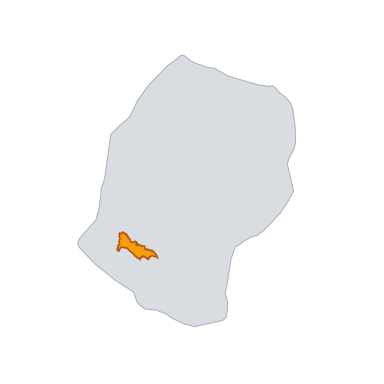 Ramoetsana, Mafeteng, Lesotho shown in context, rotated 337°
{"feature_id": "5366337B15591495914188", "entity_name": "Ramoetsana", "entity_type": "district", "adm_level": 2, "iso_a3": "LSO", "parent_name": "Lesotho", "parent_adm1": "Mafeteng", "projection": "robinson", "projection_center": [27.537, -29.836], "detail": "fine", "context": "in_parent", "style": "filled", "palette": "amber", "viewbox_px": 384, "rotation_deg": 337, "n_neighbors": 0, "source": "geoboundaries", "source_scale": "gbopen_adm2", "svg_char_len": 6088}
<svg xmlns="http://www.w3.org/2000/svg" viewBox="0 0 384 384"><g transform="rotate(337 192 192)"><path d="M247.1,253.9L237.4,257.0L236.1,257.3L229.9,256.6L221.6,257.3L215.1,259.1L210.1,259.7L201.9,268.7L186.9,292.9L182.9,297.9L181.8,307.4L178.3,314.9L174.1,320.8L169.9,322.2L157.5,319.9L141.6,316.9L132.3,309.6L124.1,300.0L119.8,293.0L115.2,289.2L113.7,287.1L107.2,283.8L104.7,282.2L102.6,281.0L100.0,276.3L98.4,272.3L99.0,261.1L94.4,254.4L86.6,243.0L81.7,233.6L74.9,220.9L70.7,209.9L66.4,198.6L67.0,193.7L71.1,190.4L83.1,184.7L92.4,180.3L99.1,172.2L106.4,160.1L110.0,152.9L113.5,149.6L117.4,144.5L124.2,133.2L131.7,120.6L139.8,107.1L150.0,103.1L163.9,98.6L177.3,86.8L193.3,76.9L219.1,66.1L231.1,63.3L235.6,61.8L238.5,63.8L241.6,70.0L245.9,75.2L256.1,84.2L260.4,86.3L270.8,99.6L282.0,108.8L294.9,119.3L303.6,124.5L308.1,126.0L311.8,135.3L315.5,142.2L317.6,148.7L317.1,155.1L313.0,170.5L307.0,186.3L302.2,192.9L296.4,197.0L290.7,203.2L288.5,215.9L285.9,230.8L278.4,236.9L272.7,241.0L264.7,245.9L247.1,253.9Z" fill="#d9dde1" stroke="#a8b0b8" stroke-width="1"/><path d="M134.5,239.0L134.4,238.2L134.7,237.8L134.6,237.4L134.5,237.2L134.6,236.9L134.6,236.7L134.6,236.1L134.7,235.9L134.6,235.7L134.5,235.2L134.1,234.8L134.0,234.6L134.1,234.4L134.0,234.2L133.8,234.0L133.7,233.7L133.6,233.2L133.7,232.8L133.6,232.5L133.6,232.0L133.4,231.7L133.1,231.7L132.9,231.4L132.7,231.4L132.4,231.0L132.2,231.0L132.1,230.7L131.9,230.3L131.7,230.1L131.8,230.0L131.6,230.0L131.6,229.8L131.1,229.5L131.1,229.4L130.8,229.3L130.8,229.1L130.5,229.1L130.5,228.8L129.9,228.5L129.7,228.5L129.4,228.2L128.9,228.0L128.9,227.8L128.8,227.7L128.6,227.2L128.4,226.8L128.2,226.9L128.0,227.1L127.9,227.1L127.5,227.3L127.4,227.1L127.2,227.1L126.9,227.0L126.8,226.8L126.7,226.7L126.8,226.1L126.5,225.6L126.5,225.3L126.7,225.1L126.7,224.7L126.8,224.6L126.9,224.1L127.1,224.0L127.4,223.6L127.1,223.5L127.0,223.4L126.8,223.5L126.6,223.3L126.5,223.1L126.3,223.0L125.7,222.7L125.4,222.4L125.2,222.3L124.9,221.8L124.7,222.0L124.7,221.9L124.5,221.7L124.4,221.6L124.0,220.9L123.3,220.6L122.7,220.6L122.3,220.4L121.9,220.3L121.9,220.2L121.7,220.2L121.2,219.9L121.4,219.9L121.8,219.8L121.9,219.7L122.1,219.1L122.1,218.8L122.0,218.6L121.7,218.2L120.8,218.3L120.5,218.2L120.2,218.1L120.4,217.8L120.8,217.5L121.0,217.3L121.1,217.0L121.4,216.8L121.5,216.3L121.3,216.0L121.0,215.8L120.5,215.0L120.4,215.0L119.9,215.3L119.0,215.6L118.7,215.3L118.4,215.3L118.4,215.2L118.2,215.1L117.7,214.9L117.5,215.0L117.3,214.9L116.9,214.6L116.6,214.3L116.4,214.4L116.2,214.3L116.1,214.2L116.2,213.9L116.1,213.6L116.1,213.4L116.2,213.2L116.3,213.1L116.4,212.9L116.4,212.7L116.4,212.3L116.4,212.2L116.4,211.9L116.4,211.6L116.5,211.5L116.4,211.3L116.4,211.1L116.2,210.9L116.1,211.0L116.0,210.8L116.0,210.6L116.0,210.4L116.0,210.1L115.9,210.0L115.7,209.8L115.5,209.6L115.8,209.3L115.9,208.7L115.4,208.4L115.5,208.1L115.3,208.0L115.3,207.8L115.3,207.7L115.3,207.4L115.4,207.1L115.2,206.7L115.3,206.6L115.2,206.4L115.2,206.1L115.1,205.9L114.9,205.5L114.7,205.4L114.8,205.3L114.5,205.3L114.4,205.1L114.4,204.9L114.1,204.7L114.1,204.4L113.8,204.0L113.8,203.8L114.0,203.8L113.8,203.6L113.8,203.4L113.6,203.2L113.4,203.0L113.2,202.8L113.1,202.3L112.7,202.1L112.3,202.2L112.3,201.7L112.2,201.7L112.1,201.9L112.1,202.0L111.9,202.0L111.1,202.3L111.1,202.6L110.5,202.7L110.4,202.9L110.2,202.9L110.0,202.7L109.9,202.4L109.7,202.3L109.6,202.1L109.5,201.9L109.4,201.9L109.4,201.7L109.2,201.8L108.8,201.9L108.7,201.9L108.6,202.1L108.6,202.3L108.6,202.6L108.4,202.7L108.3,202.9L108.4,203.1L108.3,203.8L108.0,204.1L108.0,204.4L107.9,204.5L107.6,204.8L107.6,205.0L107.6,205.9L107.5,206.1L107.6,206.3L107.5,206.6L107.4,206.7L107.4,206.8L107.3,207.1L107.2,207.3L106.9,207.5L106.7,207.6L106.3,207.8L106.2,208.1L106.2,208.5L105.9,208.7L105.5,208.9L105.4,209.3L105.3,209.6L105.3,210.0L105.2,210.1L105.3,210.2L105.2,210.5L105.2,210.8L105.2,211.3L105.1,211.6L104.9,211.9L104.7,211.9L104.4,212.0L104.0,212.0L103.3,212.2L103.0,212.1L102.7,212.0L102.6,211.8L102.7,212.2L102.7,212.4L102.8,212.7L102.6,212.9L102.6,213.1L102.5,213.3L102.6,213.8L102.6,214.0L102.2,214.0L101.9,214.8L101.2,214.7L101.0,215.0L101.0,215.4L100.7,215.6L100.6,215.9L100.4,216.2L100.4,216.6L100.5,216.6L100.6,216.8L100.8,216.9L101.1,217.1L101.1,217.3L101.3,217.4L101.4,217.6L101.6,217.7L101.8,217.7L102.0,217.8L102.4,217.5L102.4,217.4L102.5,217.3L102.5,216.8L102.6,216.7L102.9,216.3L103.3,216.2L103.5,216.2L103.9,216.0L104.1,215.8L104.6,215.6L104.6,215.3L104.9,215.2L105.6,215.4L106.0,215.4L106.7,215.5L107.1,216.1L107.2,216.4L107.3,216.5L107.6,216.2L107.8,216.2L108.1,216.8L108.4,217.1L108.7,217.7L109.1,217.8L109.6,217.7L109.6,217.8L110.0,217.8L110.3,218.3L110.5,218.4L110.6,218.7L110.5,218.8L110.8,219.9L110.8,220.2L110.9,220.4L111.0,220.6L111.2,220.8L111.5,221.1L111.5,221.3L111.5,221.6L111.7,221.9L111.8,222.2L112.0,222.3L112.3,222.6L112.2,223.1L112.7,223.5L112.7,223.8L112.8,224.0L112.7,224.1L112.8,224.4L113.3,224.7L113.3,224.8L113.2,224.9L113.3,225.0L113.6,225.1L113.8,225.6L114.0,225.8L113.8,226.1L113.8,226.3L114.0,226.6L113.9,226.8L114.5,227.9L114.5,228.1L114.4,228.3L114.6,228.5L114.7,228.8L115.0,228.9L115.1,229.0L114.9,229.1L115.0,229.2L115.1,229.4L115.3,229.5L115.4,229.9L115.6,230.0L115.6,230.3L115.4,230.5L115.4,230.8L115.7,231.0L116.1,231.5L116.5,231.8L116.5,232.0L116.8,232.1L116.9,232.5L117.1,232.5L117.9,232.9L117.9,233.5L118.2,233.0L118.3,232.4L118.5,232.5L118.7,232.9L118.8,233.1L119.0,233.0L119.2,232.5L119.5,232.4L119.8,232.3L120.2,231.8L120.4,231.7L120.7,231.9L120.8,232.0L121.0,232.4L121.3,232.0L121.4,231.9L121.7,231.8L121.7,232.0L122.0,232.1L122.2,232.3L122.4,232.4L122.6,232.9L122.9,233.1L123.5,234.0L123.8,234.1L123.9,234.3L124.1,235.2L124.7,235.5L125.0,236.0L125.3,236.2L125.2,236.3L125.3,236.3L125.3,236.6L125.5,236.5L125.6,236.4L125.7,236.2L125.8,236.4L126.0,236.4L126.1,236.5L126.2,236.3L126.3,236.4L126.6,236.4L126.9,235.8L127.3,235.4L127.5,234.9L127.9,234.9L128.3,235.1L128.8,235.1L130.5,235.0L130.8,235.2L131.2,235.8L131.4,236.0L132.3,236.5L132.5,236.7L133.2,237.2L133.7,237.7L134.1,238.4L134.2,238.7L134.5,239.0Z" fill="#f59e0b" stroke="#b45309" stroke-width="1.5"/></g></svg>